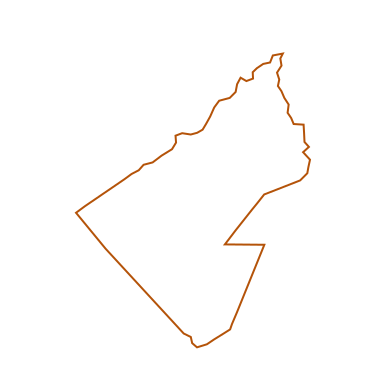 the district of Ferreiros, Pernambuco, Brazil, rotated 280°
{"feature_id": "56859067B84607671265698", "entity_name": "Ferreiros", "entity_type": "district", "adm_level": 2, "iso_a3": "BRA", "parent_name": "Brazil", "parent_adm1": "Pernambuco", "projection": "natural_earth1", "projection_center": [-35.217, -7.472], "detail": "fine", "context": "isolated", "style": "outline", "palette": "amber", "viewbox_px": 384, "rotation_deg": 280, "n_neighbors": 0, "source": "geoboundaries", "source_scale": "gbopen_adm2", "svg_char_len": 982}
<svg xmlns="http://www.w3.org/2000/svg" viewBox="0 0 384 384"><g transform="rotate(280 192 192)"><path d="M344.1,257.4L340.5,247.9L333.1,246.4L330.5,239.9L325.2,234.4L320.5,231.0L314.3,232.4L310.7,226.3L313.0,220.0L306.0,217.7L298.1,217.6L291.2,212.8L286.6,202.9L279.1,199.2L269.5,196.8L261.4,194.0L255.2,191.6L251.2,186.8L248.4,180.8L248.2,172.1L244.6,166.0L237.9,167.7L230.7,164.9L222.5,155.7L214.3,148.1L210.4,139.6L204.2,135.8L199.2,129.3L192.8,123.2L159.4,89.0L151.4,81.4L121.1,116.8L51.2,208.4L49.0,216.0L43.2,218.4L39.9,223.9L44.6,233.1L50.5,239.2L58.2,247.8L63.3,253.4L68.9,254.3L81.0,257.1L152.6,272.4L146.1,233.5L161.8,241.6L185.3,254.3L191.9,258.0L202.1,263.5L222.2,296.5L230.5,302.3L236.7,302.3L244.3,302.6L250.5,294.5L256.7,299.3L260.8,294.1L269.7,292.1L277.7,290.2L276.6,280.3L282.1,276.8L286.6,272.4L294.9,272.0L300.7,266.6L306.8,262.6L311.3,258.2L317.9,258.4L324.3,255.0L332.0,258.2L338.8,255.8L344.1,257.4Z" fill="none" stroke="#b45309" stroke-width="2"/></g></svg>